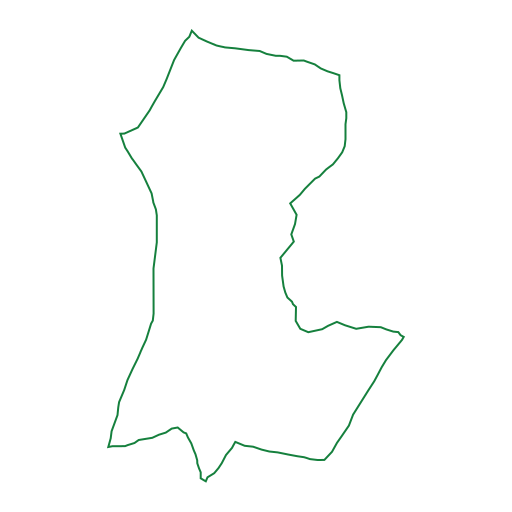 outline of Etsako West, Edo, Nigeria
{"feature_id": "59680162B35912483761792", "entity_name": "Etsako West", "entity_type": "district", "adm_level": 2, "iso_a3": "NGA", "parent_name": "Nigeria", "parent_adm1": "Edo", "projection": "natural_earth1", "projection_center": [6.315, 7.0], "detail": "fine", "context": "isolated", "style": "outline", "palette": "green", "viewbox_px": 512, "rotation_deg": 0, "n_neighbors": 0, "source": "geoboundaries", "source_scale": "gbopen_adm2", "svg_char_len": 2374}
<svg xmlns="http://www.w3.org/2000/svg" viewBox="0 0 512 512"><path d="M186.2,433.4L187.9,437.4L189.6,440.4L190.0,441.1L191.3,443.4L193.8,450.4L195.5,454.3L197.2,460.3L197.3,463.3L199.0,468.3L200.7,472.3L200.7,478.3L204.2,480.4L205.8,481.3L207.5,477.3L211.1,475.1L214.2,473.2L218.5,468.1L221.8,463.1L226.0,455.0L232.0,447.9L233.6,444.9L235.3,441.9L244.7,445.8L244.8,445.8L253.1,446.7L261.6,449.6L269.3,451.5L277.7,452.4L287.1,454.3L287.5,454.4L297.2,456.2L304.0,457.2L306.4,457.9L310.0,459.1L317.6,460.0L320.1,460.0L324.4,459.9L332.0,451.8L337.0,442.8L341.3,436.7L348.9,425.6L353.1,414.6L360.7,402.5L368.3,390.4L374.2,381.3L377.5,375.2L381.7,367.2L386.0,360.1L393.6,350.0L398.6,344.0L402.0,339.9L403.7,336.9L400.6,335.2L398.3,332.1L393.3,331.6L386.3,329.4L380.8,327.2L368.6,326.7L356.2,328.8L345.1,325.3L336.9,321.9L328.1,325.8L322.2,329.2L308.3,332.2L300.3,328.8L295.7,320.9L296.0,307.0L293.0,304.2L292.0,301.7L287.4,297.5L285.3,292.5L283.6,286.5L282.1,275.6L282.0,265.7L280.4,257.8L293.8,241.6L291.3,234.4L295.0,224.1L296.6,214.8L290.2,203.4L299.9,194.8L305.0,188.7L305.5,188.2L310.0,183.7L315.1,178.6L319.3,176.6L326.1,169.5L329.1,167.2L332.9,164.4L337.9,158.3L342.2,152.3L344.7,146.2L345.5,139.2L345.5,129.3L345.5,124.2L346.3,118.2L346.3,115.5L346.3,113.3L346.3,113.2L346.3,112.2L343.7,103.2L342.0,95.2L340.3,88.2L339.4,80.2L339.4,75.2L333.5,73.2L327.5,71.3L320.7,68.4L314.8,64.4L306.7,61.6L303.8,60.5L293.6,60.7L286.8,56.7L280.0,55.8L275.8,55.8L266.5,53.9L259.7,51.0L248.7,50.1L241.9,49.2L235.1,48.3L224.9,47.4L223.4,47.0L222.3,46.8L220.8,46.5L216.5,45.5L207.1,41.6L198.6,37.7L191.8,30.7L189.3,36.8L185.1,40.8L180.9,47.9L174.1,60.0L166.6,79.1L163.2,87.1L154.8,101.2L152.0,106.1L149.7,110.3L137.9,127.5L124.3,133.6L120.4,133.7L125.2,147.6L127.8,151.6L132.0,158.6L132.6,159.3L136.3,164.5L141.4,171.5L145.6,180.5L151.6,193.4L153.2,201.5L153.3,202.4L155.9,209.4L156.8,215.4L156.8,226.7L156.8,232.4L156.8,242.4L153.5,268.5L153.6,313.6L152.8,320.6L151.1,323.6L148.6,331.7L146.1,339.7L142.0,348.5L141.9,348.8L140.5,351.9L140.4,352.3L137.6,358.8L132.6,368.9L127.5,380.0L124.2,390.0L119.1,402.1L118.3,407.1L117.5,415.1L114.9,422.2L111.6,431.2L110.7,438.3L108.3,447.0L112.5,446.2L120.1,446.2L125.2,446.1L127.7,445.1L134.5,443.0L138.7,440.0L152.3,437.8L159.0,434.7L165.8,432.6L171.7,428.6L177.7,427.5L183.6,432.4L186.2,433.4Z" fill="none" stroke="#15803d" stroke-width="2"/></svg>